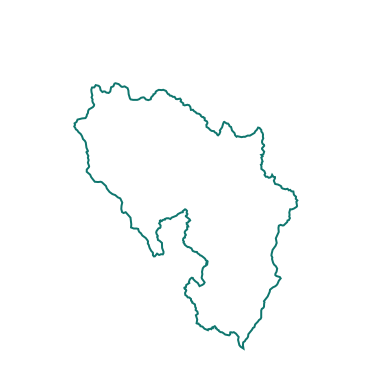 Samana, Caldas, Colombia (Albers equal-area conic projection), rotated 133°
{"feature_id": "7082276B26137922991346", "entity_name": "Samana", "entity_type": "district", "adm_level": 2, "iso_a3": "COL", "parent_name": "Colombia", "parent_adm1": "Caldas", "projection": "albers", "projection_center": [-74.983, 5.535], "detail": "fine", "context": "isolated", "style": "outline", "palette": "teal", "viewbox_px": 384, "rotation_deg": 133, "n_neighbors": 0, "source": "geoboundaries", "source_scale": "gbopen_adm2", "svg_char_len": 6063}
<svg xmlns="http://www.w3.org/2000/svg" viewBox="0 0 384 384"><g transform="rotate(133 192 192)"><path d="M213.2,322.6L217.1,325.1L219.6,324.2L221.9,324.7L222.7,323.3L224.4,322.8L224.8,320.9L225.4,319.7L225.1,318.0L225.6,316.0L225.5,312.8L226.2,310.5L227.6,307.8L227.7,305.0L228.3,303.4L231.6,299.4L233.0,296.1L233.4,295.9L234.4,296.5L234.9,296.3L236.3,292.4L238.0,291.5L239.1,289.4L241.6,288.1L243.3,284.8L244.3,284.3L247.3,284.3L249.0,282.8L248.8,278.3L249.9,275.8L250.8,270.1L248.8,267.5L246.8,265.8L246.3,264.6L246.3,259.0L247.5,256.7L248.2,252.4L247.8,248.8L246.6,246.0L246.5,242.6L245.6,240.1L247.3,235.8L250.1,234.2L252.7,232.1L254.4,229.4L254.0,227.7L252.0,226.7L252.7,219.5L257.1,214.3L259.5,212.4L258.4,209.6L256.5,207.6L255.7,206.2L256.7,204.7L257.2,203.0L257.0,201.4L257.7,198.6L257.2,194.5L257.7,191.6L258.1,190.5L259.9,189.1L260.1,187.8L261.8,184.9L262.9,181.6L263.0,179.3L264.9,177.4L265.1,175.9L264.4,175.3L260.9,175.5L260.6,173.4L260.1,172.8L258.7,172.3L257.5,170.8L256.3,171.1L255.1,172.1L253.3,175.7L249.7,179.3L249.8,182.5L250.3,184.2L249.1,185.7L248.7,186.8L247.5,187.0L246.8,189.4L245.9,190.7L244.6,191.3L241.4,191.7L240.3,190.9L239.5,190.9L237.9,192.1L237.3,194.7L236.2,194.7L234.9,195.9L234.2,195.6L234.5,194.9L234.0,194.3L232.2,194.2L230.6,193.0L230.2,193.4L228.5,192.6L227.2,191.2L226.5,189.4L224.6,189.4L219.9,187.2L217.7,187.2L214.6,186.1L213.1,185.0L212.4,185.7L209.4,185.3L209.1,184.5L209.2,182.8L210.9,181.7L211.2,180.3L212.5,179.9L213.2,180.2L213.3,179.8L214.0,179.7L213.6,175.3L214.0,174.0L215.2,174.0L215.7,174.5L216.9,174.1L218.3,174.8L219.4,173.5L219.2,172.4L219.8,171.1L220.9,171.7L222.6,170.0L224.6,170.4L226.3,170.0L227.3,168.7L227.3,167.6L227.8,167.1L229.4,167.0L230.1,166.1L231.4,166.7L232.3,166.5L233.6,165.4L233.7,164.2L234.8,163.7L234.9,162.2L235.4,161.8L235.5,161.1L235.3,158.3L235.1,157.4L234.5,157.0L233.6,154.0L234.6,151.3L233.8,149.1L232.5,147.5L233.0,146.2L232.6,144.0L232.8,142.9L232.2,141.7L231.9,138.5L231.9,136.8L232.5,135.4L232.1,134.2L233.8,133.2L232.8,132.8L234.8,131.4L235.5,132.0L236.6,131.6L238.3,132.3L240.4,132.1L243.6,130.2L245.0,128.4L248.1,126.5L248.6,125.6L249.5,121.1L251.2,120.7L253.0,121.1L255.7,122.3L254.6,125.7L255.0,128.7L254.9,131.6L254.3,132.8L255.0,133.8L257.4,134.0L260.0,132.9L260.4,131.9L263.9,132.8L265.9,131.5L266.9,132.3L267.4,132.2L267.8,131.2L267.6,129.7L268.0,129.0L270.6,128.2L271.9,126.6L271.6,124.9L272.0,123.3L271.0,122.0L270.9,119.8L272.1,118.6L272.0,117.1L272.8,116.5L272.2,113.2L274.0,111.0L274.2,109.9L275.8,108.9L275.8,106.5L276.8,105.0L277.1,104.7L279.5,105.1L281.7,101.2L284.9,99.1L284.6,98.2L283.8,97.5L284.1,96.6L283.8,95.2L284.4,94.3L283.3,92.5L283.5,89.6L282.2,86.1L281.1,86.5L280.6,85.8L279.5,85.4L279.2,84.4L277.7,84.7L277.9,84.2L277.4,83.8L276.6,84.4L274.6,83.8L274.8,82.3L275.5,81.7L275.0,81.1L275.4,79.4L274.9,78.3L275.3,77.5L275.0,75.5L274.1,74.4L273.8,72.9L273.6,70.5L271.5,67.1L270.1,67.0L268.6,68.3L268.0,67.9L267.3,66.6L266.0,65.8L265.6,63.3L266.2,59.0L268.7,57.5L271.7,52.9L272.0,51.0L271.4,47.6L269.4,50.2L267.1,52.0L265.0,51.6L263.2,52.1L261.6,51.9L259.6,52.3L257.6,53.8L251.8,54.2L249.9,54.7L248.3,54.2L245.8,55.5L241.7,55.4L240.1,55.7L238.1,55.3L236.7,55.7L231.4,60.6L229.9,61.2L228.0,60.8L226.8,61.1L224.1,63.4L223.2,63.8L222.8,64.9L216.8,65.4L212.0,67.1L210.2,68.3L206.6,67.8L204.4,66.9L202.6,66.6L200.9,66.8L197.6,68.0L194.7,68.2L194.3,69.8L195.9,73.0L195.9,74.5L194.8,75.3L192.6,75.8L189.9,77.5L189.1,80.0L189.1,82.5L188.4,84.5L186.4,87.8L185.1,88.6L184.3,90.6L182.9,91.6L179.3,93.6L174.3,94.2L171.5,95.3L168.7,99.1L162.1,101.3L159.3,104.3L157.4,105.5L155.6,104.8L154.7,102.9L153.9,102.2L149.0,101.9L147.7,102.7L146.4,102.0L144.3,102.6L143.6,104.2L142.3,104.9L140.6,106.9L137.7,108.4L136.7,107.2L134.7,106.2L131.6,105.4L130.6,105.6L128.0,109.0L126.3,109.2L126.2,111.5L124.5,112.7L124.6,114.9L124.3,115.9L122.5,118.2L123.7,119.8L123.5,121.6L124.7,122.3L124.5,124.3L126.3,125.6L127.7,128.2L127.8,129.5L127.0,130.6L127.2,131.8L127.9,134.2L129.4,136.6L128.0,139.8L125.2,140.8L124.5,141.5L125.4,142.8L124.8,145.1L126.6,144.4L128.4,144.9L129.3,145.7L129.4,147.3L130.5,148.4L130.0,150.7L128.5,151.1L127.4,153.3L127.8,157.0L125.6,159.0L125.1,160.2L123.9,160.0L122.6,161.2L121.6,161.1L119.5,164.8L117.8,164.7L117.6,166.6L115.9,165.5L113.3,166.7L112.8,170.1L112.3,170.6L109.0,170.7L108.4,171.5L108.6,173.3L107.8,174.8L106.6,175.7L104.1,176.5L103.4,177.7L101.5,179.3L100.7,180.8L100.5,182.5L99.4,183.6L99.1,186.3L99.8,187.6L102.2,187.0L104.5,187.1L106.2,186.6L111.3,188.1L112.8,189.8L115.6,190.9L116.1,191.7L118.1,193.2L120.2,196.8L121.2,197.1L121.1,199.1L119.9,201.1L119.7,204.7L117.8,207.8L118.3,209.4L117.6,210.7L117.4,212.4L118.2,213.2L118.7,216.2L119.2,216.4L120.8,215.8L124.2,214.1L128.0,213.6L128.6,212.4L131.0,211.5L132.8,211.6L132.9,212.5L132.3,214.3L132.8,216.1L132.5,217.4L133.9,219.3L134.2,220.8L134.0,223.6L134.5,225.7L133.1,227.3L131.5,227.5L130.8,228.0L130.2,229.1L130.8,231.7L129.3,233.1L129.7,234.0L129.4,234.7L130.2,235.6L130.3,237.4L129.8,238.2L130.0,240.1L131.3,242.3L131.1,243.8L131.5,245.8L131.2,247.3L132.7,248.8L130.9,251.3L130.5,253.3L131.3,254.8L133.7,256.5L134.2,257.8L133.1,258.9L133.5,262.1L132.1,262.8L131.8,264.4L134.2,266.1L134.9,267.1L134.3,269.6L135.5,271.0L135.6,272.5L136.6,274.0L136.2,275.3L136.7,276.2L136.6,277.1L135.8,280.0L136.9,282.8L138.0,283.5L140.0,286.0L142.3,286.8L143.4,286.9L144.5,286.2L146.6,286.5L146.9,286.8L147.7,286.3L150.6,286.4L152.3,285.4L154.6,286.6L155.8,288.9L155.5,291.2L156.0,292.2L157.8,293.5L160.3,294.0L162.0,294.9L164.8,297.9L166.1,300.0L165.9,301.2L163.6,305.1L161.2,307.7L160.0,309.9L160.7,313.3L162.5,314.5L163.1,315.4L163.1,319.2L164.6,322.1L165.6,322.6L168.3,321.6L170.6,322.6L174.3,320.3L176.4,320.5L177.7,322.4L177.9,324.3L178.6,325.1L180.0,325.7L179.8,328.4L178.1,330.8L178.0,332.7L179.5,335.3L182.1,334.8L183.8,336.4L185.9,335.4L187.5,333.6L189.3,330.8L191.3,330.0L192.1,327.8L193.3,327.1L194.2,325.6L194.8,323.2L195.8,322.5L197.6,322.4L201.9,323.7L203.4,323.3L205.4,321.9L207.1,321.6L208.5,320.7L210.6,320.3L213.2,322.6Z" fill="none" stroke="#0f766e" stroke-width="2"/></g></svg>